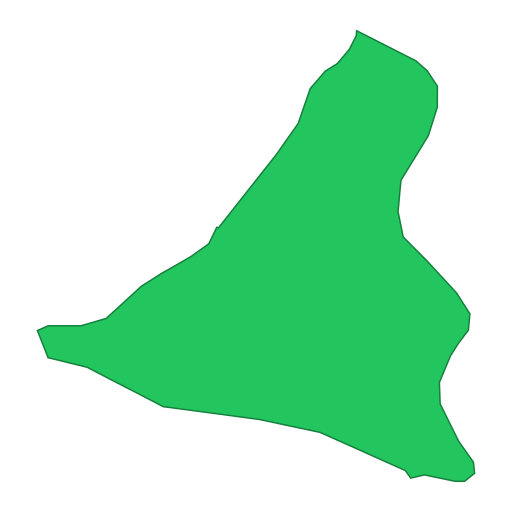 Wee-Gbehyi-Mahn, Nimba, Liberia (Mercator projection)
{"feature_id": "62588387B71258849496296", "entity_name": "Wee-Gbehyi-Mahn", "entity_type": "district", "adm_level": 2, "iso_a3": "LBR", "parent_name": "Liberia", "parent_adm1": "Nimba", "projection": "mercator", "projection_center": [-8.856, 6.902], "detail": "fine", "context": "isolated", "style": "filled", "palette": "green", "viewbox_px": 512, "rotation_deg": 0, "n_neighbors": 0, "source": "geoboundaries", "source_scale": "gbopen_adm2", "svg_char_len": 1178}
<svg xmlns="http://www.w3.org/2000/svg" viewBox="0 0 512 512"><path d="M468.4,330.2L469.9,313.8L456.5,292.9L448.5,284.2L437.5,272.3L426.9,260.8L408.2,242.0L403.2,236.9L398.8,215.3L398.0,211.6L398.3,209.0L398.8,203.7L400.0,190.2L401.0,180.2L421.7,146.5L428.4,135.5L432.7,121.9L437.3,107.1L437.4,90.5L437.4,86.2L427.6,71.4L427.0,70.6L415.9,60.8L407.9,56.8L385.5,45.4L356.6,30.7L356.3,35.5L349.5,49.1L337.4,63.5L335.7,64.6L325.3,71.1L315.5,82.5L311.4,87.2L310.2,88.6L303.2,108.9L298.2,123.5L287.5,138.6L282.9,145.2L282.3,146.0L276.3,154.6L270.4,162.0L269.8,162.8L249.9,188.0L218.5,227.8L216.8,227.3L209.2,242.9L208.8,243.8L190.8,256.6L168.5,269.5L165.0,271.4L161.2,273.6L141.1,286.4L135.1,292.0L106.2,318.4L85.3,324.5L80.8,325.8L48.1,325.8L37.4,330.5L48.1,357.7L87.2,367.3L111.4,379.9L124.1,386.4L128.7,388.8L134.8,391.9L163.3,406.7L165.0,406.9L249.1,418.1L259.5,419.5L286.7,425.3L315.5,431.4L319.8,432.3L346.7,444.3L374.4,456.7L405.4,470.6L405.8,471.2L410.7,478.1L424.4,474.9L455.1,481.3L464.6,481.3L474.6,473.3L473.4,462.1L458.7,441.3L440.2,404.0L440.0,400.1L439.4,382.4L441.7,376.9L450.6,355.6L458.7,342.9L468.4,330.2Z" fill="#22c55e" stroke="#15803d" stroke-width="1.5"/></svg>